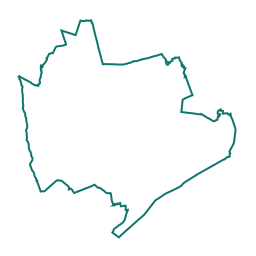 San Matías Tlalancaleca, Puebla, Mexico (Albers equal-area conic projection), rotated 88°
{"feature_id": "50627088B22492462361378", "entity_name": "San Matías Tlalancaleca", "entity_type": "district", "adm_level": 2, "iso_a3": "MEX", "parent_name": "Mexico", "parent_adm1": "Puebla", "projection": "albers", "projection_center": [-98.505, 19.351], "detail": "fine", "context": "isolated", "style": "outline", "palette": "teal", "viewbox_px": 256, "rotation_deg": 88, "n_neighbors": 0, "source": "geoboundaries", "source_scale": "gbopen_adm2", "svg_char_len": 5657}
<svg xmlns="http://www.w3.org/2000/svg" viewBox="0 0 256 256"><g transform="rotate(88 128 128)"><path d="M162.6,32.3L162.3,32.2L161.9,31.8L161.2,30.5L160.7,30.0L160.3,29.2L160.5,28.5L160.3,27.8L160.1,27.5L159.7,27.2L158.5,27.4L157.4,27.3L157.0,26.8L156.7,27.1L155.9,27.2L155.0,27.4L150.4,24.8L149.7,24.3L148.6,23.8L146.8,22.8L144.2,22.2L143.3,22.1L140.9,21.7L140.4,21.7L139.8,21.6L135.5,20.8L133.2,20.6L132.1,20.8L129.6,21.4L125.7,22.7L124.3,23.0L123.2,23.4L122.4,23.7L121.1,24.4L120.4,24.6L119.9,24.8L119.4,24.8L118.0,24.9L117.3,25.0L117.4,25.3L118.3,25.7L118.6,25.9L118.7,26.1L118.5,26.4L118.2,26.7L117.8,27.3L117.6,27.7L117.0,27.9L116.7,28.8L116.7,30.5L117.0,31.5L117.1,32.0L117.1,32.4L116.7,32.9L114.3,32.5L114.0,34.6L112.8,34.6L113.1,35.4L113.0,35.7L113.4,36.4L113.8,36.7L114.6,37.5L115.4,37.8L116.5,37.9L117.5,37.2L118.6,37.2L118.8,36.8L117.4,35.8L117.8,35.4L119.7,36.6L120.5,37.7L120.4,37.9L123.0,38.4L123.0,39.5L124.1,40.8L124.2,42.4L122.5,45.0L121.6,46.3L121.2,46.9L121.3,47.0L120.6,48.3L119.4,50.0L118.2,51.8L116.8,53.9L117.1,53.9L116.4,58.5L116.0,60.5L114.9,67.4L114.7,69.2L114.6,69.4L113.9,74.1L101.7,72.4L100.3,69.8L98.3,64.8L97.5,62.4L93.0,63.9L88.8,65.2L88.8,65.3L84.6,66.6L80.0,68.1L78.6,68.2L79.0,69.4L77.9,69.0L77.3,69.3L77.3,69.5L76.6,69.6L76.3,69.8L75.6,69.7L75.3,70.4L74.0,70.2L73.2,69.9L71.5,69.1L70.3,68.5L69.9,70.2L69.4,70.0L68.7,69.8L68.7,70.1L67.2,70.9L67.5,71.5L68.5,71.9L68.9,72.4L68.3,72.1L67.9,72.1L66.0,71.8L65.8,72.4L64.8,72.0L63.9,72.6L62.5,73.7L59.2,74.6L59.5,75.2L59.3,78.5L60.0,78.6L60.4,81.3L62.4,81.3L62.4,81.8L62.5,81.9L63.0,82.9L63.3,83.6L63.6,84.1L63.7,83.6L64.2,83.8L63.8,85.1L65.1,84.9L65.4,85.3L66.1,85.7L66.0,86.9L65.7,86.9L64.8,87.6L64.4,87.6L64.1,87.4L63.9,87.3L63.7,87.2L63.2,87.0L62.8,87.1L63.0,87.7L63.0,87.8L62.9,87.9L61.0,87.9L60.5,88.1L59.7,88.7L59.0,89.4L58.7,89.6L58.1,90.1L57.3,90.5L56.3,91.4L55.9,91.5L55.2,91.7L55.5,92.5L55.9,94.3L56.8,97.0L56.9,98.1L57.3,99.9L57.8,101.8L59.1,106.5L59.2,108.0L59.8,110.4L59.7,110.5L60.0,112.2L60.5,113.8L61.5,117.3L61.5,117.7L61.5,118.0L61.4,118.8L61.6,119.7L61.6,120.3L61.5,120.8L61.8,121.0L62.2,121.7L62.4,122.0L62.7,122.8L63.1,125.3L63.5,126.0L63.6,126.5L64.4,130.7L64.4,131.3L64.3,134.5L63.7,141.9L63.6,144.6L63.3,148.8L63.4,151.0L62.2,151.2L61.1,151.5L54.3,153.0L54.2,153.1L51.9,153.5L49.6,154.1L45.1,155.1L43.8,155.3L35.9,157.0L35.7,157.1L26.5,159.0L22.8,159.7L21.7,160.0L21.6,160.6L19.1,161.0L19.5,163.1L19.2,165.8L19.2,167.1L19.7,167.5L19.3,171.2L19.0,171.8L33.3,177.1L32.4,179.9L31.9,181.0L28.3,191.1L31.2,190.2L33.4,189.6L35.7,188.9L37.9,188.3L41.2,187.3L42.5,187.1L42.6,187.3L43.5,190.9L43.7,193.2L44.1,196.7L45.6,197.9L47.8,199.0L48.1,199.3L49.2,199.7L50.5,200.4L50.2,200.9L50.7,202.1L51.1,204.2L54.8,206.2L55.2,207.0L56.7,206.5L58.5,207.8L59.2,208.2L60.7,209.3L62.2,211.1L63.6,211.0L64.6,212.0L61.6,212.8L64.7,213.1L65.8,213.0L66.5,212.6L67.7,212.5L67.7,212.9L69.8,212.4L71.6,213.1L74.0,213.6L74.6,213.5L75.7,214.3L77.8,214.8L79.1,214.3L80.3,214.5L80.7,215.4L81.5,215.6L81.9,216.9L82.7,216.6L82.6,217.0L82.1,219.3L80.5,222.3L79.4,223.2L77.1,227.1L75.9,229.3L73.4,233.6L72.4,234.8L72.8,235.0L72.9,235.4L73.4,235.0L75.3,234.9L75.9,234.2L76.9,233.9L78.2,233.6L79.2,233.1L79.7,233.1L80.6,233.2L81.0,233.2L81.6,233.0L81.7,232.8L82.2,232.5L82.4,232.2L82.9,232.0L83.9,232.1L85.3,232.5L85.9,232.5L87.4,232.4L89.6,232.4L91.2,232.0L95.0,232.1L95.5,232.0L96.2,232.0L96.9,232.2L98.8,232.2L101.6,231.9L102.8,232.0L104.4,232.2L104.7,232.5L105.2,232.2L106.9,231.8L110.3,230.2L112.3,230.3L115.2,229.3L115.4,229.5L116.3,229.6L117.4,229.3L122.9,228.6L123.9,228.9L125.0,229.1L125.6,229.4L126.1,229.8L127.2,229.9L128.3,229.7L128.9,229.5L130.3,229.5L133.9,229.3L136.8,229.7L138.0,228.6L139.8,228.2L140.8,227.7L142.4,227.9L145.7,227.6L146.6,227.3L147.1,227.1L147.7,226.6L148.3,226.3L149.2,226.2L149.5,226.0L149.7,225.9L150.0,225.8L150.5,225.6L151.3,225.6L151.9,225.8L152.3,225.8L152.9,225.5L154.2,224.7L154.7,224.5L155.4,224.5L156.3,224.6L156.7,224.7L159.0,226.1L160.3,227.0L160.8,227.3L161.2,227.2L161.9,227.0L162.2,226.8L162.6,226.8L162.6,226.7L163.8,226.4L165.9,225.7L166.9,225.3L167.7,225.0L168.3,224.1L170.4,223.4L171.7,223.2L172.6,223.1L173.8,222.5L175.1,221.7L176.9,221.4L177.4,221.4L177.4,220.6L178.8,220.5L179.5,220.3L188.3,217.5L188.2,217.3L188.4,213.8L179.9,203.5L178.1,201.2L177.8,200.3L177.9,199.4L178.1,198.5L178.3,196.3L180.7,193.6L181.0,193.2L182.5,191.6L183.5,190.5L185.0,189.1L187.3,189.3L186.6,187.4L187.5,186.3L191.1,184.1L189.7,180.3L188.6,177.0L187.5,174.1L186.7,171.9L186.2,170.1L184.9,166.7L183.5,163.4L186.7,160.1L186.8,159.4L186.7,158.7L186.8,158.3L186.9,158.0L187.2,157.6L187.6,157.3L188.4,156.3L189.5,154.6L192.1,152.0L192.5,150.3L192.4,148.1L192.5,147.8L193.3,147.3L194.1,147.5L194.7,147.3L196.4,147.0L198.3,146.9L199.3,146.8L200.6,146.6L201.2,146.4L202.2,145.9L203.9,145.6L203.4,144.1L203.5,143.8L204.0,143.9L204.8,145.3L204.8,144.0L204.6,143.5L204.4,143.1L203.1,141.4L203.8,140.6L202.6,138.6L202.8,138.5L203.7,138.3L206.0,137.9L205.6,133.1L207.8,133.1L208.8,133.1L210.0,133.1L209.8,131.0L210.8,131.3L211.2,131.8L211.7,131.8L212.3,132.0L213.3,132.5L214.5,133.0L215.6,133.2L216.0,133.5L216.4,133.4L216.9,133.7L217.4,133.7L219.1,134.3L221.0,135.3L222.0,136.2L223.3,137.9L224.0,138.7L224.7,140.3L226.1,142.0L227.2,143.7L228.3,145.3L229.3,146.0L230.3,146.3L230.9,146.4L231.4,146.8L231.8,147.3L232.1,147.1L237.0,140.9L236.0,139.8L234.7,138.4L230.2,133.1L226.9,129.0L220.3,121.2L217.5,117.6L214.9,114.5L201.3,103.2L198.1,97.7L197.3,96.6L195.9,94.4L194.4,91.6L193.9,90.3L191.4,84.5L190.1,81.6L188.3,77.9L187.2,76.3L186.1,75.4L185.0,74.3L184.6,73.8L176.3,59.5L163.0,33.8L162.9,32.8L162.6,32.3Z" fill="none" stroke="#0f766e" stroke-width="2"/></g></svg>